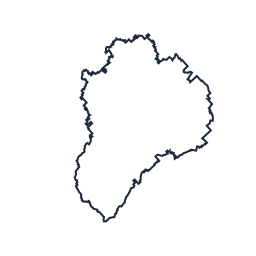 outline of Lockyer Valley, Queensland, Australia, rotated 39°
{"feature_id": "25037944B69715811070998", "entity_name": "Lockyer Valley", "entity_type": "district", "adm_level": 2, "iso_a3": "AUS", "parent_name": "Australia", "parent_adm1": "Queensland", "projection": "natural_earth1", "projection_center": [152.214, -27.681], "detail": "fine", "context": "isolated", "style": "outline", "palette": "slate", "viewbox_px": 256, "rotation_deg": 39, "n_neighbors": 0, "source": "geoboundaries", "source_scale": "gbopen_adm2", "svg_char_len": 5759}
<svg xmlns="http://www.w3.org/2000/svg" viewBox="0 0 256 256"><g transform="rotate(39 128 128)"><path d="M197.1,96.3L197.7,91.9L198.3,92.0L198.7,89.7L194.6,89.3L192.2,89.4L193.9,77.7L187.7,76.6L188.6,73.2L187.3,70.3L189.3,69.2L188.5,68.0L187.3,66.3L185.4,64.7L184.6,65.0L183.7,63.7L182.3,63.5L182.1,64.6L180.5,63.5L180.7,62.2L178.3,61.8L178.6,59.8L178.1,58.1L178.3,56.5L171.8,55.5L172.9,54.9L173.0,53.6L169.5,53.1L170.0,49.1L167.3,48.3L164.5,46.0L163.1,45.2L161.7,45.0L160.9,45.3L155.8,44.5L155.5,45.3L148.8,44.3L147.5,53.3L146.1,52.2L143.7,52.8L142.9,44.7L140.9,45.1L140.6,46.0L139.9,46.8L139.9,47.4L139.5,47.4L137.0,49.2L136.0,49.4L135.0,48.3L135.2,47.8L134.8,47.3L135.5,42.5L127.3,41.1L127.2,41.6L127.0,41.3L125.7,41.8L124.9,41.7L124.4,41.2L124.2,41.9L123.6,41.9L122.7,41.7L121.0,40.6L118.8,40.3L118.5,40.8L119.4,43.3L119.9,43.7L119.6,46.5L119.9,47.4L117.7,46.7L115.5,46.8L115.0,50.8L113.2,51.8L111.9,52.1L112.2,53.5L111.1,56.3L110.9,57.8L111.2,57.9L111.1,58.5L109.7,58.2L109.5,57.7L109.9,57.0L109.8,56.0L107.8,55.7L107.2,56.9L106.1,56.9L106.2,56.4L105.9,55.7L106.2,54.2L106.0,53.7L104.9,53.5L105.1,51.6L100.4,50.9L100.6,49.5L97.9,49.0L98.0,48.0L97.4,48.4L95.9,48.2L96.2,46.4L94.4,46.1L94.6,45.0L93.1,44.7L93.4,43.8L93.0,44.3L92.0,44.6L91.8,45.3L92.0,46.0L88.9,45.5L88.6,45.8L85.9,45.3L86.3,42.6L84.7,42.3L84.3,44.6L85.4,45.3L84.9,48.4L80.9,47.5L78.3,49.4L78.6,49.5L78.3,52.7L77.7,53.0L76.0,51.6L76.6,51.3L75.6,51.2L75.4,54.0L77.3,54.3L77.0,56.3L76.6,56.2L76.3,59.1L73.0,58.5L72.5,63.0L72.2,63.3L71.6,62.9L70.8,63.0L70.9,61.8L70.6,61.5L69.4,62.6L69.5,63.2L69.3,63.4L68.2,63.4L66.7,64.2L65.9,63.8L65.6,64.2L65.6,64.9L64.7,65.5L62.7,65.7L63.4,66.6L62.6,68.4L62.9,69.2L62.0,70.3L62.2,70.5L63.1,70.6L63.2,71.4L62.9,72.1L63.8,72.0L64.1,72.7L63.3,73.4L62.7,74.5L62.8,74.8L63.7,75.3L63.3,75.9L63.3,76.8L62.9,77.5L62.6,77.6L62.1,77.2L60.6,78.4L60.9,79.9L61.4,80.9L62.2,81.4L62.9,81.5L62.7,83.0L63.3,82.8L63.7,83.2L64.2,79.6L65.8,79.8L66.5,80.4L68.1,80.6L69.2,81.5L70.3,81.6L70.4,81.9L71.1,81.8L71.4,82.7L69.4,83.4L69.6,84.2L68.6,84.9L70.3,86.4L69.9,88.7L71.0,89.1L71.3,88.7L72.7,88.6L72.3,91.3L71.7,91.1L70.6,98.2L70.9,98.3L72.1,97.2L73.5,96.5L73.9,96.6L73.2,97.5L74.0,97.6L73.9,98.0L74.3,98.1L74.5,97.7L75.6,97.9L75.5,99.3L74.5,99.1L73.4,99.5L72.9,99.4L70.9,99.7L70.3,103.8L69.3,103.6L68.9,106.3L67.4,106.3L67.3,106.9L65.2,106.6L65.0,108.4L66.4,108.6L66.2,110.2L63.5,109.7L63.4,110.6L61.9,110.1L61.2,109.0L60.7,109.2L60.7,109.4L58.8,109.1L58.5,111.0L57.5,110.8L57.3,113.4L58.2,114.5L59.0,114.6L59.5,116.3L60.8,118.6L62.2,118.7L62.9,117.7L63.6,117.9L64.0,117.0L64.7,117.0L65.8,117.8L66.4,118.0L67.3,117.6L67.6,117.9L67.9,118.3L67.4,120.0L68.3,121.1L68.6,121.7L68.3,123.2L68.9,123.3L69.6,125.6L68.4,126.1L68.3,126.7L68.6,127.4L68.5,128.3L71.3,128.8L71.0,131.0L72.3,131.3L71.9,134.3L73.9,134.9L74.1,133.4L79.9,134.4L79.4,138.3L80.7,138.4L81.6,139.3L81.6,138.7L83.5,138.9L83.4,139.9L84.2,139.4L84.5,139.5L84.6,140.1L85.0,139.8L86.3,140.2L86.7,140.8L87.6,141.4L88.2,141.4L88.4,142.0L89.1,142.1L89.6,142.7L90.3,142.2L89.9,144.7L92.1,145.1L92.0,146.1L90.7,145.9L90.4,148.0L92.2,148.3L92.8,150.5L92.5,151.3L94.4,151.6L95.2,146.7L97.2,147.0L96.4,152.8L97.9,153.1L97.8,153.7L103.8,154.7L103.5,156.8L105.7,157.1L105.3,157.9L105.3,158.6L103.5,158.3L103.9,158.8L104.4,158.9L104.8,159.5L106.2,159.9L106.7,161.0L107.3,161.7L107.7,162.9L107.7,164.3L108.1,165.1L107.7,165.3L105.9,165.3L105.9,165.8L105.5,166.1L105.4,167.3L105.8,168.2L105.8,169.4L107.1,170.6L107.3,172.2L108.7,173.3L109.1,173.9L108.6,176.0L108.1,176.8L108.5,177.8L108.2,179.5L107.9,179.6L107.6,180.8L108.3,183.7L108.9,184.7L108.6,185.8L110.9,186.5L111.8,187.8L112.9,187.5L113.5,189.0L114.6,189.0L114.6,194.1L115.3,195.5L116.8,196.5L117.7,199.9L120.3,201.5L121.4,200.8L122.4,202.1L123.0,202.2L122.8,203.9L124.5,204.2L124.2,206.1L125.9,206.4L126.1,207.1L128.0,207.4L129.8,208.4L133.1,209.0L133.9,209.4L134.4,210.8L135.4,211.1L135.8,211.9L136.3,211.8L137.1,212.7L137.6,212.7L137.7,213.2L139.4,213.4L140.3,212.4L141.2,212.3L141.6,211.4L143.5,210.8L143.3,209.5L144.4,209.4L147.1,211.4L149.0,212.2L150.4,211.9L151.8,212.5L155.6,210.8L156.6,212.1L157.0,212.1L157.2,211.7L157.8,211.9L159.0,211.2L161.4,211.8L162.9,211.8L164.0,212.4L165.2,212.2L166.8,214.7L168.2,215.7L168.8,214.9L169.4,214.7L169.9,214.0L169.8,212.8L170.2,211.1L170.0,210.3L170.8,208.7L171.5,208.2L172.3,206.9L173.4,206.0L173.2,204.7L172.7,204.3L172.6,203.2L172.1,202.9L172.6,201.9L172.2,201.7L172.1,200.7L171.6,199.6L171.7,198.5L170.9,198.4L170.8,198.0L170.5,194.5L170.7,194.0L172.3,193.1L172.4,192.2L172.0,191.5L172.3,190.3L172.0,188.9L172.4,187.8L171.3,186.5L170.8,185.2L170.8,184.2L170.0,182.9L170.2,181.1L169.8,179.9L169.8,178.3L169.4,177.2L169.5,176.4L169.3,176.3L169.1,175.0L168.3,173.4L168.3,172.3L169.4,171.2L169.7,170.5L169.2,168.7L167.6,168.4L167.9,166.0L165.9,165.7L165.9,165.4L165.3,165.3L165.5,164.2L166.0,164.3L166.1,164.0L171.3,164.8L171.7,162.0L170.2,161.7L170.4,160.1L168.4,157.8L166.9,154.2L167.6,150.4L168.4,151.6L168.9,148.7L170.3,148.9L170.4,148.0L170.8,148.1L172.0,139.7L171.2,139.5L171.8,135.8L172.6,135.9L172.9,133.8L167.3,132.9L167.5,130.8L168.4,129.6L170.3,129.1L172.3,128.0L172.5,126.7L173.8,125.7L173.9,124.9L175.1,122.8L172.6,122.1L172.8,120.9L174.1,121.0L174.6,120.3L174.7,119.4L175.1,120.0L177.1,120.7L177.7,120.4L177.0,119.6L177.1,119.2L178.1,118.9L178.6,119.2L179.3,118.7L179.7,119.8L180.6,120.0L181.3,120.5L181.7,120.3L181.7,119.7L182.1,119.7L182.8,120.9L182.9,121.9L183.7,122.5L184.1,119.8L184.9,120.0L185.2,118.7L185.6,118.3L185.2,116.8L186.7,115.2L186.7,114.2L187.3,111.9L188.0,111.4L188.2,110.7L188.9,109.7L189.6,107.6L190.4,107.0L190.9,106.1L191.0,105.8L190.7,105.6L191.3,105.2L191.1,104.9L195.2,102.7L193.3,98.8L194.8,98.0L196.0,98.3L196.4,95.8L197.1,96.3Z" fill="none" stroke="#1e293b" stroke-width="2"/></g></svg>